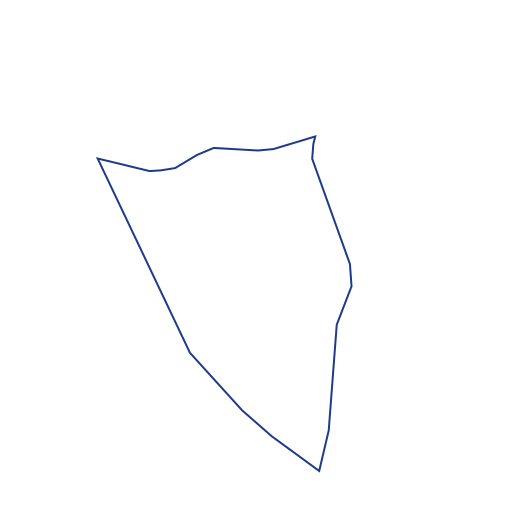 outline of Bissau, rotated 309°
{"feature_id": "GNB-769", "entity_name": "Bissau", "entity_type": "Autonomous Sector", "adm_level": 1, "iso_a3": "GNB", "parent_name": "Guinea-Bissau", "parent_adm1": "", "projection": "natural_earth1", "projection_center": [-15.605, 11.885], "detail": "fine", "context": "isolated", "style": "outline", "palette": "blue", "viewbox_px": 512, "rotation_deg": 309, "n_neighbors": 0, "source": "natural_earth", "source_scale": "10m", "svg_char_len": 405}
<svg xmlns="http://www.w3.org/2000/svg" viewBox="0 0 512 512"><g transform="rotate(309 256 256)"><path d="M386.2,226.8L379.1,230.1L366.9,238.5L308.9,334.0L292.6,349.3L253.4,362.0L166.2,422.3L128.7,440.4L125.8,381.7L127.3,342.5L139.2,265.6L232.1,71.6L255.0,119.8L262.6,128.1L273.4,137.8L297.5,146.6L313.3,155.1L339.2,191.1L350.0,202.2L386.2,226.8Z" fill="none" stroke="#1e3a8a" stroke-width="2"/></g></svg>